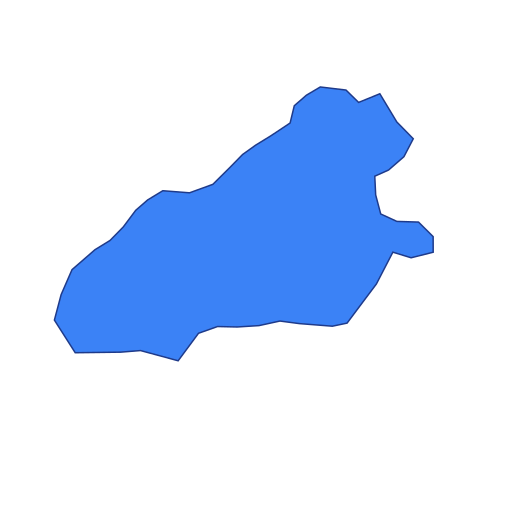 Kouklia Ammochostou, Cyprus (Robinson projection), rotated 49°
{"feature_id": "46923920B61611069046028", "entity_name": "Kouklia Ammochostou", "entity_type": "district", "adm_level": 2, "iso_a3": "CYP", "parent_name": "Cyprus", "parent_adm1": "", "projection": "robinson", "projection_center": [33.759, 35.113], "detail": "fine", "context": "isolated", "style": "filled", "palette": "blue", "viewbox_px": 512, "rotation_deg": 49, "n_neighbors": 0, "source": "geoboundaries", "source_scale": "gbopen_adm2", "svg_char_len": 761}
<svg xmlns="http://www.w3.org/2000/svg" viewBox="0 0 512 512"><g transform="rotate(49 256 256)"><path d="M214.8,56.1L207.4,77.8L189.8,79.2L170.6,96.6L167.7,112.5L167.7,128.5L178.0,143.0L175.0,166.1L172.1,183.5L170.6,199.5L172.1,218.3L173.6,241.5L164.7,264.7L145.6,283.5L142.6,300.9L142.6,316.8L147.0,337.1L148.5,355.9L145.6,373.3L145.6,403.8L157.3,428.4L172.1,450.2L210.4,455.9L239.8,421.2L251.6,405.2L284.0,383.5L276.6,350.1L284.0,331.3L297.2,316.8L310.5,299.4L320.8,280.6L335.5,267.6L359.1,244.4L366.4,231.3L362.0,211.0L356.1,183.5L342.9,150.2L359.1,140.1L369.4,119.8L357.6,109.6L337.0,111.1L322.3,127.0L306.1,134.3L288.4,125.6L273.7,114.0L278.1,99.5L278.1,79.2L270.7,60.4L247.2,61.8L214.8,56.1Z" fill="#3b82f6" stroke="#1e3a8a" stroke-width="1.5"/></g></svg>